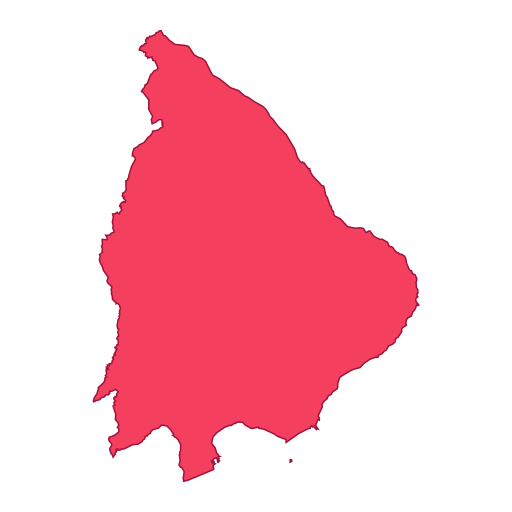 the district of Karang Asem, Bali, Indonesia
{"feature_id": "22746128B60715781377305", "entity_name": "Karang Asem", "entity_type": "district", "adm_level": 2, "iso_a3": "IDN", "parent_name": "Indonesia", "parent_adm1": "Bali", "projection": "natural_earth1", "projection_center": [115.49, -8.359], "detail": "fine", "context": "isolated", "style": "filled", "palette": "rose", "viewbox_px": 512, "rotation_deg": 0, "n_neighbors": 0, "source": "geoboundaries", "source_scale": "gbopen_adm2", "svg_char_len": 6059}
<svg xmlns="http://www.w3.org/2000/svg" viewBox="0 0 512 512"><path d="M105.0,377.9L104.8,380.2L103.8,382.5L98.2,387.7L98.3,389.3L97.0,393.5L94.4,397.7L93.3,401.1L94.0,401.9L96.0,400.6L99.2,399.9L102.0,397.4L104.4,396.9L105.9,394.8L108.3,394.9L109.2,394.0L109.1,393.2L109.8,393.1L109.7,391.2L111.6,391.3L115.5,389.4L118.1,391.5L117.9,392.5L116.6,393.9L116.5,396.9L115.2,396.6L113.7,398.0L114.0,399.3L115.4,400.6L113.9,402.5L114.9,404.9L114.0,405.0L113.1,406.1L115.8,414.6L115.3,419.5L118.0,422.6L118.8,425.5L117.3,427.2L118.5,428.6L118.9,430.9L118.4,432.4L114.0,435.5L109.1,437.3L108.7,438.8L109.1,440.9L111.8,444.0L111.4,446.0L109.9,448.2L109.8,449.6L110.9,453.3L112.3,454.8L113.1,457.2L115.4,453.9L115.1,452.9L116.3,451.9L116.1,450.9L116.8,450.6L116.2,449.3L118.0,449.0L118.4,450.2L120.1,450.1L121.6,448.9L122.9,449.2L125.2,448.4L132.5,444.7L138.0,444.2L142.1,441.6L142.9,440.1L144.6,439.0L145.4,436.1L147.3,436.0L148.2,434.4L150.5,433.2L150.9,431.4L153.2,429.6L158.5,428.1L161.6,425.1L166.9,426.0L171.0,430.1L172.6,433.0L173.4,433.3L173.4,434.7L172.9,435.2L173.6,435.2L174.3,436.9L175.8,437.4L177.9,439.4L180.7,444.6L180.6,450.7L179.7,451.9L179.8,454.2L179.3,454.6L180.1,460.7L179.0,465.1L180.4,467.1L181.7,467.5L184.2,471.7L183.2,478.1L183.7,481.3L188.3,480.1L213.6,469.5L213.7,467.7L213.1,467.0L213.4,465.1L215.2,463.8L212.3,462.8L211.9,461.7L213.7,462.8L214.1,461.5L212.5,460.7L213.6,458.9L215.9,457.9L216.9,458.1L217.7,462.1L218.3,462.3L219.4,460.9L218.6,460.7L219.0,458.6L218.2,457.3L219.7,456.5L218.8,456.4L218.5,455.0L216.8,453.2L215.0,447.6L211.9,443.8L211.8,442.4L213.0,436.8L217.1,432.5L224.8,427.2L230.2,425.3L231.2,425.5L235.1,422.9L235.6,423.4L236.6,422.4L238.7,422.0L242.6,422.3L245.8,425.5L251.8,428.6L258.5,427.1L258.9,428.3L263.6,429.1L274.4,434.0L277.5,436.3L286.0,439.5L286.1,442.5L299.0,433.3L308.5,428.5L310.2,428.4L310.3,427.4L311.6,426.0L312.8,427.0L314.1,426.2L314.6,427.6L316.4,429.5L316.9,428.7L318.1,429.1L315.6,425.3L317.8,419.7L319.3,420.1L319.4,418.2L318.1,416.0L322.2,407.1L322.1,404.4L323.6,401.7L327.0,398.8L328.1,396.1L331.3,394.3L332.6,391.9L337.0,388.9L337.7,387.2L337.7,383.4L340.0,377.0L350.1,370.9L354.1,369.1L360.0,367.6L364.0,363.3L369.7,359.4L374.2,357.6L377.9,357.2L378.8,355.2L382.2,353.6L384.2,351.2L386.2,350.1L388.8,345.9L392.3,344.3L394.8,342.3L395.9,338.5L398.1,337.2L401.8,331.6L401.5,330.2L402.3,327.8L406.4,325.2L405.8,323.0L406.5,319.7L408.1,317.7L411.3,316.2L412.7,312.2L415.0,309.4L416.4,305.7L417.3,305.0L417.0,302.5L415.9,301.2L415.8,299.4L416.3,297.8L417.9,296.9L416.9,295.8L417.3,293.5L418.0,293.0L417.7,289.5L416.5,287.9L416.0,281.9L416.8,280.5L416.7,278.3L415.1,274.9L412.6,273.6L411.4,270.7L410.7,270.8L409.3,269.5L406.7,263.7L405.6,258.1L404.6,256.2L401.1,254.1L400.0,254.4L398.2,252.6L397.0,252.6L394.5,250.2L392.8,247.3L389.1,246.1L387.5,242.3L381.9,239.1L380.3,239.5L375.3,237.2L373.2,235.5L370.0,231.0L368.4,231.1L366.8,232.3L365.3,232.0L364.4,229.7L363.0,228.3L360.2,227.8L355.4,228.2L347.7,226.7L340.3,218.8L334.8,216.0L333.6,214.0L333.5,211.5L331.8,209.7L331.2,206.5L329.9,204.9L327.3,197.5L325.7,195.1L324.0,187.0L323.2,185.8L322.1,185.9L312.6,175.7L310.5,172.2L310.4,170.6L309.4,170.0L309.7,168.6L307.8,168.6L307.5,167.2L306.5,166.5L305.2,164.2L304.3,164.0L304.0,162.7L302.3,162.0L301.7,162.6L300.6,162.2L297.6,157.7L294.5,148.7L286.1,134.5L278.0,126.2L272.5,118.9L269.8,116.5L268.6,113.5L265.5,108.9L262.6,106.3L254.1,101.5L248.3,97.4L244.3,95.7L238.6,90.6L230.5,87.7L219.7,79.0L213.0,75.3L211.7,73.7L205.5,61.3L202.3,58.5L198.3,57.3L194.1,54.8L188.6,46.5L185.6,45.5L175.0,44.4L169.5,40.4L165.5,36.0L163.3,35.2L161.1,30.7L159.0,31.0L158.4,32.1L156.3,32.6L154.9,34.7L150.8,36.6L149.9,36.1L148.6,37.7L147.6,37.6L147.6,38.5L146.7,38.2L146.6,39.1L145.6,40.0L145.7,41.3L146.3,42.1L145.8,43.8L144.7,43.6L143.5,45.1L141.8,45.7L141.8,46.5L140.6,46.6L139.1,49.9L143.4,51.3L143.8,52.4L144.6,51.9L145.8,52.4L145.4,55.7L147.6,57.1L147.8,58.1L148.8,57.3L149.1,57.7L152.0,57.1L152.2,58.7L152.9,59.3L152.7,60.2L155.0,61.1L158.0,67.8L157.1,69.7L154.0,70.9L152.2,73.6L150.7,74.6L147.3,83.5L145.0,85.0L144.5,87.4L142.4,89.7L141.5,91.6L143.0,92.3L148.8,99.8L148.7,109.2L152.6,116.4L151.3,119.7L152.1,123.8L155.7,122.2L158.9,119.7L161.6,119.7L162.4,122.1L161.9,122.4L162.1,123.3L162.8,123.5L162.0,124.9L163.1,126.0L161.9,127.5L160.6,127.9L158.4,130.0L152.6,131.2L152.5,132.6L150.2,135.8L148.0,137.4L144.1,142.5L138.7,145.2L138.2,146.2L133.9,148.7L132.5,153.3L132.4,155.9L132.9,155.7L133.9,156.5L135.4,158.4L135.4,159.2L131.5,166.5L128.7,176.0L129.0,177.2L127.7,178.8L127.6,180.0L125.6,181.1L126.2,183.3L125.8,184.1L126.1,189.8L124.8,192.0L122.7,193.2L122.8,194.9L122.2,195.7L122.6,196.6L124.1,197.1L123.4,198.3L125.7,200.5L125.3,202.2L123.6,201.6L123.6,202.4L122.2,202.2L120.3,204.2L119.6,206.4L120.3,206.9L121.1,206.4L120.9,208.2L121.8,210.1L119.8,212.2L119.4,213.8L118.0,213.3L117.1,212.2L115.1,213.8L112.6,214.0L113.3,216.9L112.3,222.5L113.2,225.0L112.8,228.0L114.3,232.0L111.0,233.4L109.3,235.3L105.7,235.2L107.1,237.4L106.9,239.8L102.2,239.4L102.4,244.6L101.4,246.5L102.4,248.2L102.0,251.3L102.5,252.5L99.5,254.5L100.2,256.7L99.3,259.6L100.7,264.0L101.8,265.2L103.4,270.3L108.3,277.5L107.1,280.3L107.2,281.8L108.2,283.4L111.9,286.7L111.1,289.6L111.7,292.1L111.4,294.2L112.0,294.9L112.6,299.3L114.4,301.5L116.1,302.5L116.1,303.8L117.4,303.3L119.2,304.7L120.4,308.6L119.4,311.0L119.7,312.4L119.2,313.3L119.9,314.6L119.0,316.2L119.4,317.7L118.1,319.7L117.1,325.5L117.6,328.6L118.7,329.3L117.8,332.1L118.7,336.0L117.8,336.4L116.7,338.8L118.1,339.8L118.3,344.6L116.9,344.9L116.3,346.9L114.8,347.2L115.6,348.7L116.8,349.0L116.9,349.9L115.4,351.1L115.4,352.4L114.5,353.2L115.3,353.8L115.2,355.0L114.1,354.8L114.0,355.7L112.4,357.8L113.5,359.2L112.2,360.7L111.8,363.3L109.2,363.8L109.4,365.5L107.3,365.0L107.7,366.9L106.6,367.1L108.2,369.1L106.4,368.5L106.6,370.0L106.0,370.3L106.7,373.9L105.4,375.6L106.6,377.0L105.0,377.9ZM291.5,459.7L290.2,459.6L290.1,462.1L291.8,461.4L291.5,459.7ZM418.7,305.4L418.5,304.1L417.6,304.4L417.9,305.4L418.7,305.4Z" fill="#f43f5e" stroke="#9f1239" stroke-width="1.5"/></svg>